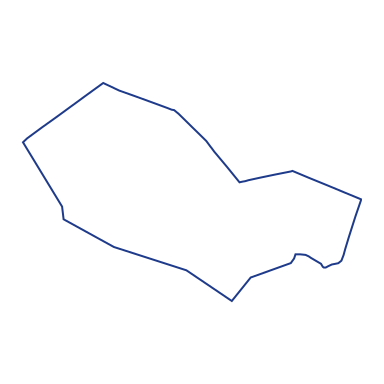 outline of O'lgii, Bayan-Ölgiy, Mongolia
{"feature_id": "93677404B46106272349801", "entity_name": "O'lgii", "entity_type": "district", "adm_level": 2, "iso_a3": "MNG", "parent_name": "Mongolia", "parent_adm1": "Bayan-Ölgiy", "projection": "equal_earth", "projection_center": [89.995, 48.98], "detail": "fine", "context": "isolated", "style": "outline", "palette": "blue", "viewbox_px": 384, "rotation_deg": 0, "n_neighbors": 0, "source": "geoboundaries", "source_scale": "gbopen_adm2", "svg_char_len": 835}
<svg xmlns="http://www.w3.org/2000/svg" viewBox="0 0 384 384"><path d="M103.2,83.0L85.0,96.2L58.2,115.8L42.0,127.4L27.2,138.3L23.0,142.3L62.1,206.6L63.6,219.3L113.9,247.0L186.4,270.3L231.8,301.0L250.7,277.5L290.8,263.1L294.1,258.5L295.5,254.3L299.9,254.3L305.6,254.9L308.8,256.4L310.8,257.8L321.0,263.8L322.8,266.8L323.8,267.5L325.8,267.5L328.2,266.2L331.8,264.5L335.4,263.8L338.3,263.2L341.4,260.7L343.6,255.0L345.2,249.1L348.9,236.9L350.3,232.5L355.5,216.2L360.9,200.5L361.0,199.3L344.3,192.4L326.5,185.0L308.6,177.7L292.4,170.9L291.1,171.4L274.4,174.7L259.5,177.8L248.5,180.2L245.1,181.2L242.7,181.6L239.5,182.3L227.0,166.9L214.2,151.6L211.2,147.5L210.8,147.1L206.3,141.0L200.0,134.8L192.3,127.3L178.7,113.9L174.1,110.1L171.7,109.7L167.1,107.9L134.8,96.1L119.3,90.6L103.2,83.0Z" fill="none" stroke="#1e3a8a" stroke-width="2"/></svg>